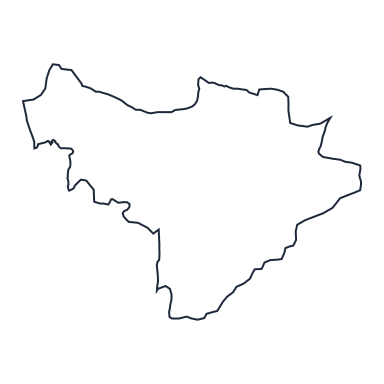 outline of Igalamela-Odolu, Kogi, Nigeria
{"feature_id": "59680162B24636018787341", "entity_name": "Igalamela-Odolu", "entity_type": "district", "adm_level": 2, "iso_a3": "NGA", "parent_name": "Nigeria", "parent_adm1": "Kogi", "projection": "albers", "projection_center": [6.989, 7.036], "detail": "fine", "context": "isolated", "style": "outline", "palette": "slate", "viewbox_px": 384, "rotation_deg": 0, "n_neighbors": 0, "source": "geoboundaries", "source_scale": "gbopen_adm2", "svg_char_len": 3187}
<svg xmlns="http://www.w3.org/2000/svg" viewBox="0 0 384 384"><path d="M352.3,193.4L352.9,193.2L353.6,193.0L360.1,190.2L361.0,184.9L361.0,181.6L359.3,175.6L360.5,168.4L360.2,165.5L351.8,162.7L345.3,161.8L340.2,159.7L333.1,158.8L323.0,157.0L321.1,155.5L318.9,153.5L318.4,151.7L319.3,148.7L320.6,146.4L321.7,142.1L322.5,137.6L323.2,135.3L324.4,132.3L325.2,129.3L325.7,127.0L327.3,123.0L330.3,117.8L320.2,123.7L312.8,124.9L307.5,126.7L297.7,125.4L290.2,123.0L288.4,110.4L288.5,103.7L288.2,96.8L287.1,95.6L284.8,93.5L283.5,91.8L281.9,91.3L277.7,89.8L271.3,88.7L265.5,89.0L259.3,89.5L257.5,95.1L249.0,92.4L246.9,90.2L244.9,89.7L242.8,89.5L239.0,88.9L237.1,88.7L233.3,88.7L232.4,88.4L228.7,87.2L226.1,85.8L224.4,86.5L222.2,85.5L220.3,85.1L218.9,85.1L214.8,83.1L212.4,82.6L208.8,82.9L202.1,78.3L200.5,77.3L199.7,78.1L198.5,79.3L198.1,85.1L199.3,88.7L198.5,91.3L197.8,97.4L197.1,100.7L195.2,103.9L192.3,106.5L186.3,108.7L181.1,109.4L175.5,109.9L171.5,112.1L168.1,112.1L162.8,112.1L157.8,112.1L151.1,113.3L147.8,112.8L147.0,112.5L146.7,112.4L142.2,110.6L140.8,109.9L135.5,109.7L132.7,107.7L127.4,105.1L121.6,100.5L114.2,96.9L108.5,94.5L98.7,91.6L96.0,91.8L93.5,90.2L90.3,88.2L85.0,86.5L82.4,86.0L81.3,83.3L71.5,70.1L61.5,68.9L58.9,65.0L57.0,64.8L52.9,64.3L49.3,70.2L46.6,78.8L45.3,88.5L41.0,94.9L33.6,99.5L23.0,101.1L26.4,116.6L26.8,120.3L28.1,124.3L30.0,130.0L32.1,135.4L34.3,141.9L34.3,148.4L36.4,147.9L37.9,145.7L38.1,144.2L45.3,142.4L46.2,141.8L46.8,141.6L47.7,141.0L48.5,141.5L48.9,141.3L49.6,142.6L50.3,143.7L50.8,144.5L52.3,142.6L51.5,141.8L51.5,141.7L52.6,140.3L53.2,139.9L54.3,140.6L55.2,141.2L54.9,141.7L57.3,144.2L58.0,144.3L58.7,146.4L59.7,147.4L61.2,148.3L64.4,148.2L68.3,148.4L70.9,148.6L72.3,149.7L73.2,151.3L72.9,152.6L72.1,153.6L71.1,154.1L69.8,154.8L69.3,155.8L69.6,157.9L69.9,159.3L70.1,160.0L70.3,161.0L70.4,162.3L70.4,163.8L70.4,165.4L70.0,167.1L69.4,168.0L68.2,170.0L68.0,172.8L67.7,174.7L67.9,176.6L67.4,178.2L68.0,179.8L68.4,182.1L68.4,184.7L67.8,186.5L68.3,188.7L69.1,190.6L71.0,189.8L72.8,188.9L73.9,187.9L74.8,185.7L76.5,183.9L80.8,179.7L86.2,180.5L93.7,189.7L94.2,201.7L99.8,203.5L103.0,203.5L108.4,204.5L110.0,201.9L111.0,199.4L112.7,199.2L118.1,202.7L119.8,202.7L120.3,202.6L122.7,202.2L127.0,202.2L129.6,204.1L129.3,207.2L127.3,209.7L124.0,211.2L122.7,213.2L123.7,216.5L126.7,219.9L128.8,221.9L138.0,222.8L147.5,227.8L153.3,233.6L158.7,229.6L159.4,245.3L159.3,248.4L159.5,253.4L159.4,256.0L159.2,259.7L157.5,262.0L156.8,265.3L157.8,275.3L158.0,281.1L157.2,286.7L156.9,290.6L158.1,288.8L165.5,286.0L169.9,288.8L171.5,294.3L171.5,299.5L170.3,304.7L170.0,307.8L169.1,311.8L169.5,316.9L171.9,318.5L176.5,318.5L179.0,318.5L186.8,316.6L191.6,318.5L197.5,319.7L198.4,319.5L204.2,318.1L206.6,313.8L213.7,311.8L217.2,311.0L223.1,301.5L227.1,296.7L233.0,292.3L236.5,286.8L243.6,283.6L249.9,278.8L252.7,272.9L254.7,269.3L261.6,268.9L262.6,267.0L263.2,265.5L264.5,262.5L267.7,261.2L270.4,260.1L278.0,259.6L281.7,259.0L284.3,252.9L285.5,248.0L290.7,246.1L293.1,245.7L294.2,243.9L296.1,239.9L295.7,231.5L297.2,224.8L298.5,224.0L304.6,220.5L305.5,220.0L323.3,213.2L331.7,208.3L332.7,207.7L334.8,205.0L340.2,198.1L352.3,193.4Z" fill="none" stroke="#1e293b" stroke-width="2"/></svg>